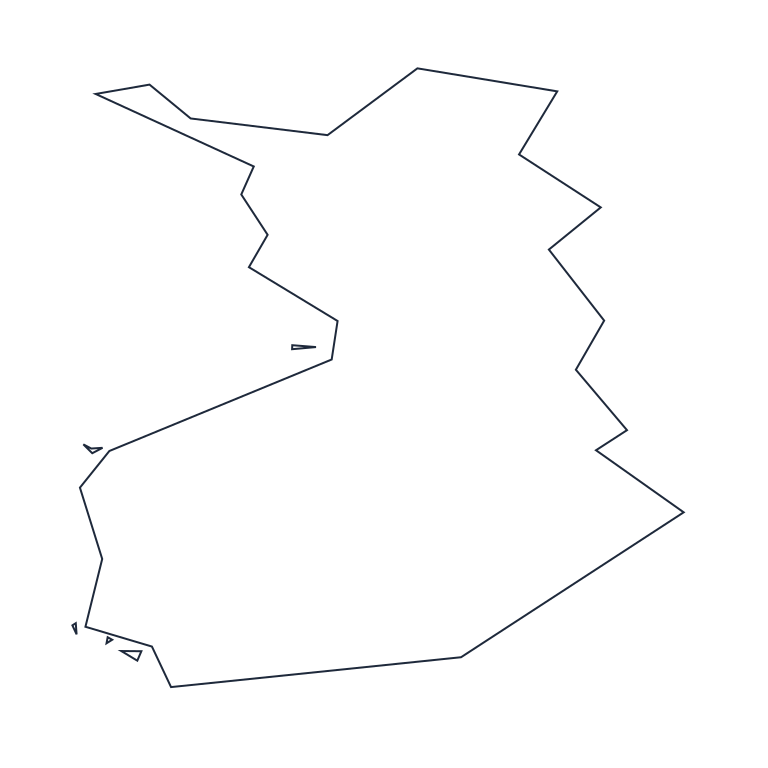 the border of Finland, rotated 4°
{"feature_id": "FIN", "entity_name": "Finland", "entity_type": "country or territory", "adm_level": 0, "iso_a3": "FIN", "parent_name": "Europe", "parent_adm1": "", "projection": "equal_earth", "projection_center": [24.864, 64.94], "detail": "coarse", "context": "isolated", "style": "outline", "palette": "slate", "viewbox_px": 768, "rotation_deg": 4, "n_neighbors": 0, "source": "natural_earth", "source_scale": "50m", "svg_char_len": 745}
<svg xmlns="http://www.w3.org/2000/svg" viewBox="0 0 768 768"><g transform="rotate(4 384 384)"><path d="M333.3,324.4L241.1,276.9L257.5,243.3L228.4,204.9L238.9,176.1L76.1,114.8L129.2,101.7L172.6,132.6L310.3,139.7L395.3,66.8L536.4,80.0L502.7,145.6L587.9,192.7L539.1,238.4L599.2,305.4L574.4,356.4L629.6,413.1L600.1,435.3L691.9,491.1L479.9,651.2L192.7,701.2L170.8,662.1L103.1,647.0L115.1,578.2L87.9,508.6L114.7,470.0L330.1,363.2L333.3,324.4ZM140.5,668.7L160.6,667.5L157.2,677.2L140.5,668.7ZM313.6,351.9L289.9,355.7L289.8,351.7L313.6,351.9ZM88.3,465.2L96.5,468.8L107.7,467.3L97.8,473.4L88.3,465.2ZM93.2,644.1L94.8,655.2L90.0,646.5L93.2,644.1ZM130.7,658.1L125.3,662.0L126.0,655.9L130.7,658.1Z" fill="none" stroke="#1e293b" stroke-width="2"/></g></svg>